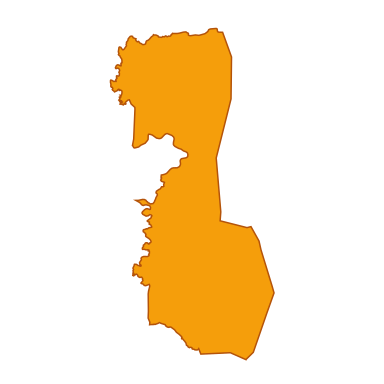 Namaacha, Maputo, Mozambique (Mercator projection), rotated 183°
{"feature_id": "85939544B88728478280907", "entity_name": "Namaacha", "entity_type": "district", "adm_level": 2, "iso_a3": "MOZ", "parent_name": "Mozambique", "parent_adm1": "Maputo", "projection": "mercator", "projection_center": [32.28, -26.074], "detail": "fine", "context": "isolated", "style": "filled", "palette": "amber", "viewbox_px": 384, "rotation_deg": 183, "n_neighbors": 0, "source": "geoboundaries", "source_scale": "gbopen_adm2", "svg_char_len": 6054}
<svg xmlns="http://www.w3.org/2000/svg" viewBox="0 0 384 384"><g transform="rotate(183 192 192)"><path d="M235.5,97.0L234.8,96.2L233.3,96.0L229.9,97.5L229.4,96.6L229.3,95.4L230.2,90.9L230.4,87.9L229.3,70.6L229.2,64.1L229.1,63.5L227.3,59.8L227.4,57.2L226.0,57.5L224.6,57.5L223.8,57.9L223.2,57.6L222.1,58.1L221.5,57.9L220.3,58.6L219.4,58.8L217.7,59.9L216.1,59.2L211.8,58.1L211.3,56.9L210.5,56.7L209.8,55.9L208.0,55.6L207.1,56.0L206.0,56.0L202.2,53.5L200.2,51.1L197.5,49.3L194.7,46.9L194.4,46.1L194.7,45.9L194.7,45.1L194.5,44.8L193.8,44.9L193.2,44.5L192.9,44.0L191.4,42.5L190.1,40.8L189.5,38.7L188.1,37.9L187.9,37.2L186.5,36.4L185.7,36.8L184.7,36.8L183.7,36.2L183.7,35.5L183.4,35.2L182.0,35.1L181.1,34.8L180.9,34.5L178.6,34.5L177.6,35.1L177.1,35.9L174.7,30.6L145.3,33.5L129.3,27.4L129.2,27.7L122.4,35.1L110.8,75.4L104.8,95.5L106.9,101.7L120.1,137.9L122.5,146.5L131.3,160.5L135.2,159.3L162.4,164.7L162.2,173.6L169.6,227.2L157.9,287.0L159.6,328.9L169.8,353.1L173.6,353.0L174.5,353.3L175.0,354.0L175.4,356.1L176.4,356.6L182.1,355.8L183.3,355.3L183.9,354.8L184.6,353.1L187.3,350.8L193.2,348.8L196.9,349.0L201.6,348.0L202.9,348.1L203.7,348.4L203.9,348.9L203.8,349.8L204.1,350.4L205.5,350.9L206.3,351.5L207.0,351.5L209.0,351.2L213.1,349.9L215.2,349.5L219.2,349.3L219.6,349.5L220.1,349.1L220.5,348.2L221.2,347.8L221.3,347.1L221.7,346.6L222.6,346.4L223.4,346.5L224.7,345.8L225.3,345.8L226.2,346.5L226.8,346.4L227.7,345.5L229.6,345.7L230.1,345.0L230.6,344.8L233.6,345.1L233.9,345.9L234.3,346.2L236.3,346.9L238.0,346.8L238.7,347.1L239.3,345.8L240.6,344.9L242.7,342.2L243.7,341.3L245.0,340.7L245.6,340.1L246.2,337.4L247.7,336.7L249.2,336.7L250.3,337.5L251.8,338.0L253.2,339.6L254.5,339.1L256.0,340.4L256.2,341.4L255.9,342.0L258.7,342.9L259.0,343.1L259.5,344.3L260.9,344.5L261.9,344.1L263.7,341.7L264.0,339.9L265.3,338.1L265.1,337.3L265.5,336.0L265.1,334.6L267.5,330.8L268.1,330.5L268.9,330.5L270.7,332.8L272.1,333.0L272.5,332.5L272.9,328.1L272.2,326.5L272.7,325.6L272.6,325.2L271.7,324.4L271.1,324.1L270.3,322.4L269.4,321.6L268.9,320.1L268.7,317.6L269.0,317.1L269.4,317.1L269.7,316.7L269.5,316.2L269.7,315.3L269.4,314.9L269.4,314.4L270.4,314.2L271.6,315.0L273.0,315.1L274.1,314.4L275.0,312.1L274.8,311.6L274.3,311.2L272.9,311.8L272.1,311.7L270.9,310.6L270.6,309.4L271.3,307.7L270.7,306.8L270.7,304.7L271.1,304.1L271.4,303.9L273.0,304.1L273.4,304.0L273.5,302.8L272.9,301.9L273.0,301.4L273.9,300.5L273.9,299.3L273.5,298.7L273.7,298.4L274.6,298.7L275.7,298.2L278.0,299.4L279.0,299.5L279.2,299.2L279.2,297.4L278.6,295.3L278.6,293.3L278.0,292.4L277.0,292.3L276.5,291.1L277.0,290.2L276.4,289.4L275.6,289.0L274.6,287.9L272.0,289.3L271.3,290.4L270.7,290.7L270.4,290.8L270.0,290.5L270.2,290.0L270.0,289.6L269.5,289.6L268.7,290.1L267.5,289.4L267.1,288.4L267.2,286.4L267.7,284.8L268.7,284.8L268.1,284.1L268.8,283.4L268.1,283.4L268.1,283.0L268.5,282.7L268.9,283.0L269.4,282.9L269.3,282.5L268.8,282.3L268.8,281.8L269.9,279.9L269.4,279.6L269.1,278.8L268.7,278.6L268.4,278.8L268.7,279.3L268.6,279.9L268.1,279.5L267.2,279.4L267.0,278.7L266.2,278.2L266.6,277.8L267.3,277.8L268.2,278.5L268.3,277.6L267.7,277.5L268.5,276.0L268.2,275.9L267.7,276.5L266.7,275.8L266.1,276.0L265.3,275.3L264.5,276.0L264.2,276.8L263.8,276.8L263.2,276.2L262.9,276.2L262.6,276.6L262.7,277.0L263.2,277.5L263.0,278.3L260.6,280.5L259.4,280.8L257.4,276.7L253.5,273.5L253.3,271.5L253.0,241.8L253.9,235.2L253.3,234.7L252.6,233.4L252.0,233.0L251.0,233.1L247.6,234.2L245.5,236.1L241.3,238.3L239.2,241.1L238.6,242.3L238.7,246.5L238.3,247.4L236.8,247.4L234.6,246.8L230.3,244.0L227.6,243.6L226.2,243.9L225.2,244.5L222.2,248.0L220.7,248.9L219.5,249.0L215.0,247.4L213.2,245.9L212.6,244.3L212.6,243.8L213.1,240.7L213.1,238.7L212.7,237.8L211.4,236.6L207.8,234.9L205.1,234.2L202.7,232.6L199.9,231.7L198.7,230.9L198.1,229.4L198.1,227.4L198.7,226.5L199.8,225.8L204.0,224.8L204.9,224.1L205.4,223.0L205.4,221.9L205.0,220.1L205.0,218.6L205.6,217.2L206.5,216.3L208.1,215.4L212.0,215.1L213.5,214.6L215.0,213.3L218.0,209.6L219.1,208.8L220.5,208.2L223.0,207.4L223.5,207.4L223.7,206.0L223.2,204.7L223.6,204.7L223.4,203.0L223.9,202.3L223.1,201.1L220.0,200.2L220.7,198.0L220.4,196.2L221.0,195.8L222.7,195.6L223.5,194.0L224.5,193.0L225.2,192.8L227.6,190.9L227.9,189.4L227.8,189.1L226.6,188.2L226.4,187.1L227.6,184.7L228.2,182.6L228.9,181.0L229.0,180.3L230.3,178.4L233.1,177.9L234.2,178.7L235.2,178.9L235.9,179.8L236.7,180.2L237.7,181.4L239.2,182.0L240.9,182.0L245.0,180.9L247.7,180.7L243.6,178.7L241.5,176.6L240.8,176.2L239.9,176.0L238.4,176.6L237.0,176.8L234.4,176.3L233.3,175.8L232.6,174.4L232.7,172.6L233.3,172.3L235.6,173.0L236.9,172.9L238.5,171.8L240.2,169.9L240.7,169.1L240.8,168.3L239.9,167.1L236.6,165.5L234.4,166.0L232.9,167.2L231.8,167.0L231.0,166.5L230.8,166.0L231.4,165.3L231.4,164.3L231.6,164.0L235.2,160.9L235.2,160.6L234.3,160.0L233.0,159.7L233.1,157.7L232.9,157.4L232.0,157.5L231.4,156.9L230.5,155.5L230.5,154.7L233.2,154.0L234.6,152.9L235.8,152.9L236.6,152.3L238.2,151.9L238.7,151.4L238.8,150.6L238.5,149.7L237.9,149.5L237.4,148.9L236.4,148.3L236.2,147.5L235.8,147.3L236.0,145.6L235.7,145.1L232.5,143.2L231.2,142.1L230.3,140.5L230.4,139.7L230.9,139.2L231.8,138.8L231.8,138.2L232.2,137.9L232.8,137.8L233.8,138.8L234.2,138.9L235.2,138.9L235.9,138.6L236.6,137.3L237.8,136.3L237.6,134.8L238.4,134.1L238.6,133.5L238.6,132.5L238.3,132.1L236.8,132.3L234.8,131.8L233.4,132.0L232.2,131.9L232.1,131.6L232.7,131.3L232.7,130.9L231.5,130.7L231.4,130.1L231.3,128.6L232.0,127.5L231.6,127.0L231.6,126.6L232.0,125.9L233.2,125.2L236.8,125.1L238.5,124.4L239.2,123.6L239.4,123.0L239.0,121.7L240.7,118.8L240.4,117.2L239.2,116.4L239.0,115.9L239.2,115.3L240.0,115.2L240.6,115.6L242.3,115.9L243.5,116.8L245.5,116.9L245.8,116.7L245.9,115.6L247.0,112.9L246.3,111.4L246.8,110.4L246.3,108.6L246.8,107.9L246.4,106.9L246.8,106.1L246.8,105.6L245.8,105.2L245.3,105.8L245.2,106.9L244.2,106.4L243.5,107.0L243.1,107.1L242.3,106.5L241.8,105.9L241.7,105.2L241.0,104.5L239.5,103.9L238.5,104.3L237.8,104.3L236.8,103.1L236.9,102.2L236.5,101.6L236.4,100.9L238.2,98.4L237.7,97.9L236.4,97.7L235.5,97.0Z" fill="#f59e0b" stroke="#b45309" stroke-width="1.5"/></g></svg>